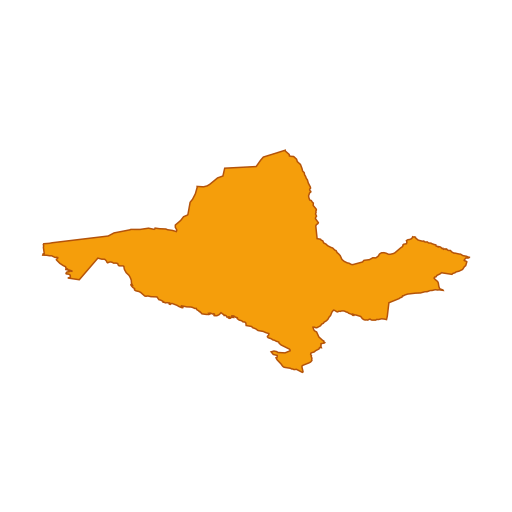 Samburu North, Rift Valley, Kenya (Equal Earth projection), rotated 278°
{"feature_id": "3690345B53062225546696", "entity_name": "Samburu North", "entity_type": "district", "adm_level": 2, "iso_a3": "KEN", "parent_name": "Kenya", "parent_adm1": "Rift Valley", "projection": "equal_earth", "projection_center": [36.739, 1.705], "detail": "fine", "context": "isolated", "style": "filled", "palette": "amber", "viewbox_px": 512, "rotation_deg": 278, "n_neighbors": 0, "source": "geoboundaries", "source_scale": "gbopen_adm2", "svg_char_len": 6129}
<svg xmlns="http://www.w3.org/2000/svg" viewBox="0 0 512 512"><g transform="rotate(278 256 256)"><path d="M209.1,75.1L208.0,72.7L207.9,84.3L231.9,99.7L231.4,103.6L231.7,106.3L231.5,107.0L230.2,108.6L228.9,109.4L228.6,110.1L229.5,111.5L229.9,112.9L229.7,114.6L229.1,115.9L229.5,118.4L229.3,120.1L227.9,120.8L227.2,121.8L227.7,125.6L227.3,126.6L224.7,127.4L223.5,128.2L221.4,129.8L219.1,133.0L217.1,134.5L214.8,135.8L211.7,136.5L209.9,137.7L210.1,136.2L209.5,136.4L207.7,138.4L206.8,140.3L205.7,140.3L205.4,140.6L204.8,141.9L204.5,145.1L203.9,146.8L200.9,151.4L200.8,152.6L201.4,154.5L201.1,157.5L201.7,163.6L199.2,166.0L199.1,167.5L198.3,169.7L198.0,170.4L197.5,170.2L197.3,170.5L197.4,172.0L197.0,172.5L197.0,173.0L197.4,174.1L197.5,177.7L197.0,176.7L196.7,176.6L196.3,176.8L196.1,177.8L197.1,178.7L197.3,179.8L196.2,184.5L195.2,186.9L194.5,189.9L194.6,190.7L194.9,190.8L195.4,190.6L196.0,189.0L196.3,189.1L196.0,194.4L196.4,198.5L196.3,200.0L195.5,202.9L195.8,204.1L194.6,204.9L193.8,206.8L193.2,207.4L193.1,208.4L192.4,208.7L192.2,209.5L191.3,210.3L191.2,211.0L191.2,214.7L191.5,217.5L192.0,218.3L192.7,217.3L193.1,218.8L192.5,221.3L193.0,222.3L192.5,223.0L191.5,222.6L191.1,222.9L191.3,225.0L191.7,226.1L193.0,227.9L195.0,229.2L193.4,232.1L192.6,232.8L193.1,233.4L192.7,234.7L191.4,235.8L192.0,237.6L191.9,238.3L190.8,237.5L190.5,238.1L190.8,239.3L191.9,240.3L192.0,242.3L192.7,241.9L193.1,240.4L193.4,240.4L193.6,242.2L192.6,244.2L192.3,246.1L191.4,246.1L190.2,248.3L189.9,250.7L188.9,252.4L189.1,253.5L189.0,254.2L188.2,255.3L185.8,255.9L185.6,261.5L184.6,262.5L183.9,265.7L182.5,268.4L182.3,273.6L181.4,276.7L181.0,279.5L179.5,279.5L178.0,278.5L177.5,278.6L176.8,279.4L176.1,282.8L175.3,284.2L175.1,286.2L174.4,287.9L174.0,290.4L172.8,291.1L171.4,293.2L168.4,302.2L167.7,302.8L166.9,303.0L164.1,298.2L163.5,291.0L164.2,289.9L164.4,287.0L163.2,284.3L160.9,286.8L160.5,290.9L158.8,291.0L158.3,290.8L158.1,290.0L157.6,290.2L156.1,291.4L152.6,295.8L150.7,297.6L149.9,298.8L149.7,300.0L149.6,305.7L149.1,307.0L149.2,308.0L148.8,309.5L149.4,311.8L147.2,318.1L147.6,318.6L147.9,318.7L152.6,316.9L153.5,316.9L154.4,317.8L157.5,323.3L158.6,324.8L160.3,325.9L161.6,325.5L162.6,325.6L164.0,324.7L165.0,324.8L166.1,323.8L167.3,323.8L168.1,324.8L169.1,327.0L170.6,328.3L172.7,331.3L174.2,331.7L174.3,333.5L176.1,332.6L176.9,332.9L178.0,332.5L178.4,332.9L178.8,334.3L179.4,335.9L179.8,336.2L180.5,335.0L181.2,335.0L181.8,333.6L184.6,329.5L189.2,326.6L190.0,324.5L190.8,323.6L193.4,322.3L193.7,323.5L193.3,325.1L193.4,326.2L195.9,329.6L197.7,330.5L198.8,332.1L200.0,332.7L201.7,334.8L203.5,336.1L205.5,336.8L207.4,338.1L211.1,339.0L213.2,340.3L213.1,341.4L212.0,343.9L212.0,344.7L212.9,345.8L212.9,347.3L213.5,348.3L213.8,350.1L213.7,351.5L213.1,353.1L213.0,354.5L212.2,355.8L211.6,358.8L210.7,360.2L210.8,360.9L211.8,360.4L211.4,362.2L211.5,363.0L210.7,368.1L208.7,370.1L207.9,371.9L207.8,373.1L208.1,374.2L208.1,375.6L209.0,376.8L209.4,377.7L208.7,379.1L208.7,380.2L209.2,383.5L210.0,384.4L210.1,386.0L211.3,389.1L211.4,391.9L211.2,394.1L214.7,394.4L228.2,394.1L233.9,403.9L234.6,404.4L235.5,406.2L237.0,406.7L237.0,407.5L237.9,408.5L239.4,411.4L241.4,419.1L242.3,424.0L244.1,428.2L244.5,430.5L246.0,433.2L246.4,435.3L247.6,438.2L247.6,440.7L248.0,442.0L248.0,446.1L248.4,445.8L249.1,442.5L251.3,441.3L254.6,440.3L256.0,439.4L257.7,436.7L258.9,435.4L260.0,435.9L260.4,437.1L262.0,437.9L263.8,440.6L265.4,442.3L265.2,443.1L265.1,452.6L266.1,453.3L267.1,455.4L268.1,456.4L269.2,459.1L271.4,462.4L274.5,463.9L275.6,465.0L279.6,465.6L280.2,464.5L280.4,463.0L280.8,462.7L283.2,464.0L283.5,466.4L284.3,467.5L284.4,468.2L284.5,466.0L285.0,464.6L285.2,460.8L286.3,458.3L286.2,457.2L286.6,452.3L286.3,451.8L287.3,449.2L288.5,447.8L288.3,445.8L288.6,444.7L289.5,443.8L289.0,443.1L289.4,442.5L289.3,441.8L288.7,440.9L289.0,440.4L289.7,440.0L289.3,439.2L290.5,437.6L290.8,435.6L290.7,435.2L290.3,435.1L290.9,433.9L290.8,433.3L291.0,432.9L292.0,432.6L292.2,431.3L292.0,430.8L292.3,430.4L292.7,428.3L293.1,427.5L292.9,425.1L293.8,423.6L293.4,422.0L293.6,420.6L294.2,420.1L293.8,418.7L294.3,414.4L296.1,411.5L296.8,411.3L297.0,410.2L296.7,409.2L296.9,408.5L295.2,407.9L294.6,407.3L293.7,405.8L293.3,404.2L292.2,402.8L290.8,403.5L289.1,403.3L288.2,400.6L287.3,399.9L286.7,400.1L285.6,399.7L284.6,398.5L278.4,393.0L277.5,391.6L276.4,388.8L276.1,387.1L276.9,384.4L277.1,382.2L276.6,379.7L275.1,378.0L272.8,377.0L270.8,374.9L270.5,371.9L268.2,368.9L266.7,363.5L264.9,362.3L260.9,353.0L260.9,351.4L261.8,349.2L261.9,347.3L263.0,344.0L264.5,341.6L268.1,339.3L269.7,337.4L270.6,335.9L272.5,334.5L272.8,333.2L274.6,330.8L274.9,329.2L276.2,325.4L277.4,323.9L278.4,321.2L280.3,320.0L280.8,318.3L281.6,317.6L281.7,314.1L294.1,311.0L295.5,311.5L296.7,312.8L297.7,313.1L301.2,309.7L302.5,309.7L303.9,310.4L305.9,309.1L307.6,309.4L308.9,309.0L309.9,309.4L310.7,309.2L314.0,305.6L316.4,305.4L317.2,304.2L318.6,303.0L318.9,301.4L321.2,300.2L322.9,299.7L326.0,300.3L326.9,301.3L327.6,301.3L328.2,300.4L329.1,299.9L330.0,300.0L330.8,300.6L331.9,300.2L335.6,297.6L338.5,296.3L340.0,294.9L341.8,294.0L343.0,292.9L345.3,292.1L346.5,290.4L349.2,289.3L352.8,287.3L355.2,283.8L357.5,282.7L359.6,279.7L359.8,279.0L359.6,277.7L359.7,275.2L361.2,274.7L364.1,270.3L364.8,270.2L355.0,249.5L351.6,247.3L344.6,243.7L338.6,212.8L330.6,212.1L328.0,207.1L320.5,200.2L318.6,197.8L317.2,194.4L316.7,188.0L315.9,188.2L309.2,187.3L303.4,185.3L300.0,183.3L287.6,182.8L287.0,182.4L284.8,178.8L280.8,176.5L275.4,171.8L273.2,172.1L270.7,174.0L269.1,173.7L269.7,169.7L269.7,164.7L270.2,163.0L269.6,156.6L269.6,152.2L268.8,152.1L268.2,151.3L268.6,145.7L266.2,137.6L264.9,128.3L264.4,127.6L259.1,112.2L255.2,106.8L240.8,52.5L239.8,49.6L238.6,44.1L237.6,43.8L236.6,44.3L234.8,44.3L228.9,46.0L228.5,44.9L227.2,44.7L227.6,48.6L227.5,51.5L227.8,53.5L226.6,57.3L227.0,58.6L226.9,59.9L226.4,60.0L224.8,58.8L224.3,59.0L221.4,62.8L219.6,66.6L218.9,68.9L217.6,69.4L217.1,70.6L216.3,69.5L216.1,69.6L216.2,72.6L215.7,75.3L215.2,76.4L215.2,72.4L214.5,73.0L213.8,71.0L212.9,70.4L212.2,70.3L211.9,70.6L211.9,73.1L211.4,74.4L210.9,74.8L209.1,75.1Z" fill="#f59e0b" stroke="#b45309" stroke-width="1.5"/></g></svg>